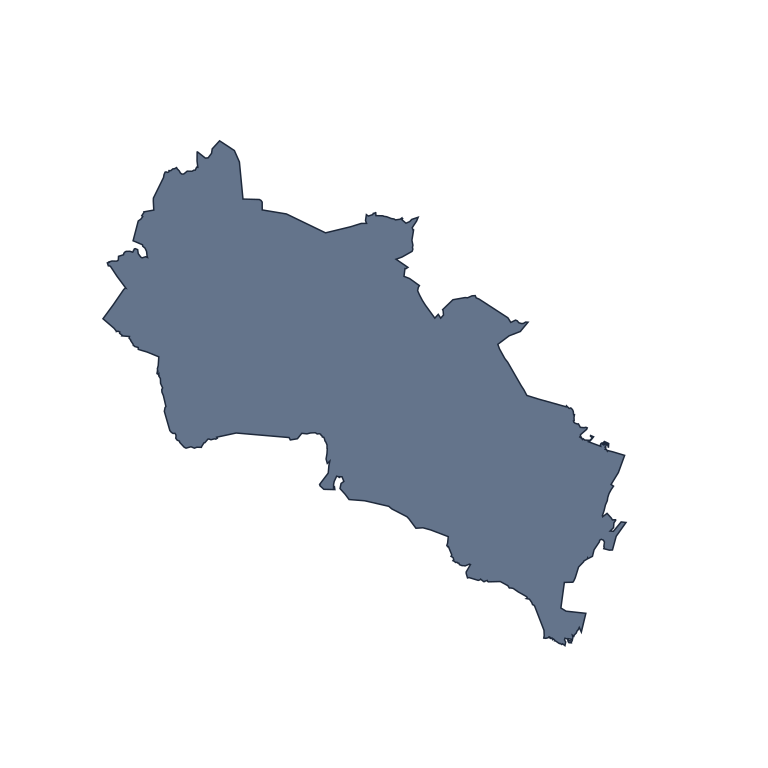 Comonfort, Guanajuato, Mexico, rotated 212°
{"feature_id": "50627088B51678062677141", "entity_name": "Comonfort", "entity_type": "district", "adm_level": 2, "iso_a3": "MEX", "parent_name": "Mexico", "parent_adm1": "Guanajuato", "projection": "orthographic", "projection_center": [-100.8, 20.737], "detail": "fine", "context": "isolated", "style": "filled", "palette": "slate", "viewbox_px": 768, "rotation_deg": 212, "n_neighbors": 0, "source": "geoboundaries", "source_scale": "gbopen_adm2", "svg_char_len": 6143}
<svg xmlns="http://www.w3.org/2000/svg" viewBox="0 0 768 768"><g transform="rotate(212 384 384)"><path d="M678.1,419.5L676.6,416.9L671.4,409.5L678.8,402.8L678.5,402.6L678.6,398.3L677.4,398.2L677.3,397.6L677.6,394.9L678.8,392.0L672.7,372.5L662.6,374.1L661.6,373.0L658.7,372.6L655.6,370.6L653.0,367.3L651.6,366.0L653.5,365.7L656.0,362.8L657.4,362.7L661.5,364.3L664.1,367.4L666.6,367.0L667.3,366.3L667.0,365.3L667.3,364.8L666.9,363.3L667.0,362.6L669.8,361.9L673.0,359.8L673.7,358.5L673.9,357.0L673.4,355.6L676.8,351.6L675.1,348.5L675.2,347.5L676.0,346.4L679.9,344.1L682.0,341.7L681.6,341.5L682.8,340.1L680.4,338.1L679.4,338.7L678.3,338.8L667.6,333.9L653.8,328.5L654.2,328.4L654.8,326.2L655.6,307.7L656.9,290.4L642.5,288.2L639.1,287.0L638.8,286.6L637.5,287.8L635.6,288.1L635.1,286.9L631.8,286.5L631.8,285.9L625.0,289.4L624.5,287.8L622.1,287.1L621.9,286.6L617.9,284.8L617.0,283.8L616.2,284.0L615.3,283.7L611.8,284.7L610.7,283.1L602.1,285.5L589.4,287.7L585.2,279.9L584.3,276.8L582.7,275.1L583.0,274.7L582.3,274.4L582.4,272.9L581.5,272.4L580.6,273.7L579.9,272.3L579.2,272.0L579.3,271.5L576.5,270.1L573.8,266.1L569.7,263.4L569.5,261.5L568.0,259.4L564.9,257.2L557.0,249.3L557.2,248.0L555.8,244.4L540.9,231.0L538.7,230.3L536.7,230.3L535.1,231.4L533.7,230.7L532.8,229.7L531.9,227.7L529.8,226.8L527.2,227.1L526.2,226.2L520.0,224.5L517.9,224.7L514.4,228.5L510.8,229.1L509.2,231.2L505.3,233.5L505.5,233.9L505.5,238.7L504.8,239.3L504.1,243.9L503.3,244.6L501.2,245.0L498.8,247.6L497.4,248.1L496.6,249.7L497.7,250.2L483.4,264.1L436.1,288.3L433.8,286.9L428.4,291.7L427.6,298.6L422.9,300.9L420.3,303.6L416.4,306.3L414.2,306.2L412.5,307.6L411.0,307.8L410.2,307.2L409.0,307.1L408.2,306.4L406.8,306.9L405.5,306.0L403.8,304.4L402.5,303.9L400.0,302.1L398.2,299.2L397.9,299.2L395.5,294.8L393.4,289.7L390.0,286.6L389.1,289.9L387.6,285.8L384.1,278.9L385.4,264.8L384.9,264.7L384.5,263.8L379.2,262.8L369.7,268.4L371.4,270.4L371.8,269.3L373.6,272.3L374.6,275.0L375.3,280.7L373.5,281.3L372.5,281.0L372.2,281.2L372.6,281.8L370.5,283.1L366.4,280.1L367.7,276.9L365.9,272.0L358.5,269.9L352.4,267.5L338.6,274.7L315.1,282.8L311.3,282.2L294.2,283.6L291.2,282.8L280.5,278.6L274.8,282.7L267.0,285.0L248.6,288.6L245.7,282.7L245.2,280.4L243.8,279.7L243.3,280.3L236.1,275.1L235.8,274.2L235.9,273.4L233.4,273.4L231.8,272.0L231.9,270.7L230.7,270.9L228.7,270.6L227.6,271.5L226.7,271.2L225.6,271.7L224.3,270.8L221.6,271.3L219.6,272.5L218.9,272.6L216.1,276.5L215.0,276.7L214.7,268.1L213.8,266.8L210.4,263.8L209.3,264.9L200.0,267.4L198.8,268.9L198.7,269.7L194.7,269.2L193.9,269.8L193.9,270.3L192.4,272.1L191.6,271.5L190.7,271.5L180.7,278.1L172.1,278.6L169.6,277.4L168.2,278.3L166.1,279.1L160.1,278.8L151.1,279.2L149.9,279.1L149.0,278.5L149.5,277.5L146.6,278.6L142.9,277.0L141.1,275.6L140.1,275.9L138.6,275.5L117.8,259.9L114.8,255.5L113.9,253.2L112.1,254.0L110.3,255.8L110.1,256.9L109.0,256.6L109.1,257.2L108.2,257.1L107.8,256.6L106.9,257.6L105.6,256.5L105.1,257.6L103.5,257.2L103.3,256.6L102.5,257.0L97.7,256.8L97.3,257.3L95.2,257.3L94.9,258.3L91.9,258.0L93.2,261.5L95.3,262.6L95.8,264.3L93.2,265.0L91.3,263.1L90.1,262.6L87.9,263.8L88.3,264.3L88.4,265.7L91.6,264.1L92.5,264.8L92.9,265.6L88.8,267.2L89.5,269.2L91.1,270.8L89.3,270.7L89.6,271.9L89.0,274.7L89.4,276.8L89.1,278.5L89.4,281.0L85.2,278.2L91.3,296.5L109.3,287.8L115.3,287.8L125.9,311.3L118.8,316.0L118.7,317.6L119.1,320.9L122.0,331.9L120.5,339.0L120.7,339.8L118.8,343.5L119.0,344.1L118.6,343.8L115.9,348.3L118.0,354.7L117.7,364.3L118.3,365.7L117.5,367.4L115.2,367.8L113.3,366.8L111.5,362.8L110.7,362.3L110.4,360.8L104.9,362.5L102.3,364.3L106.4,377.9L105.4,394.8L109.8,392.7L111.4,380.6L114.3,379.1L113.2,383.8L115.4,388.0L115.3,391.2L115.7,391.6L118.3,389.8L120.3,390.8L126.3,392.5L128.2,387.3L129.0,388.0L130.3,393.4L132.1,398.7L132.8,403.4L134.1,406.3L135.1,410.3L135.4,415.0L135.2,419.0L138.2,419.1L138.3,433.1L142.1,451.0L154.2,447.7L159.0,446.1L159.0,445.4L160.6,446.3L161.8,445.8L162.0,447.4L163.1,447.6L162.9,449.1L163.7,451.5L162.6,451.4L159.9,448.9L161.9,452.6L165.3,452.2L164.8,449.9L165.2,448.8L166.8,448.7L167.0,449.2L166.4,449.9L166.0,452.1L166.7,452.0L166.9,450.3L168.2,449.2L168.4,448.5L168.4,447.4L167.2,446.0L179.9,443.4L179.2,444.5L178.7,446.7L178.3,450.3L181.5,449.8L181.3,449.2L179.0,448.7L178.9,447.8L179.6,445.3L184.1,442.8L186.0,443.1L186.3,442.1L187.9,443.1L187.8,442.7L189.9,442.8L189.8,444.1L190.5,445.1L188.1,452.9L188.4,454.5L189.8,454.3L191.2,453.0L194.5,451.3L198.0,453.2L198.6,452.7L201.0,452.0L202.8,452.2L203.8,453.1L203.3,453.7L205.1,456.2L206.2,458.9L206.9,458.4L209.0,461.1L210.7,462.2L212.9,462.7L214.0,461.4L217.7,462.2L217.4,461.2L245.3,453.0L256.8,450.0L262.3,453.2L266.8,455.3L290.6,468.0L295.0,469.6L304.7,475.0L308.5,478.0L303.4,491.2L295.8,501.3L296.2,501.1L294.6,512.7L296.7,511.6L298.0,509.1L299.7,508.0L302.2,507.4L304.5,508.2L306.3,507.9L309.1,503.4L314.0,505.8L348.3,506.4L351.5,505.9L353.5,507.3L356.1,505.4L358.8,501.4L361.0,500.3L370.2,492.0L373.7,478.1L372.7,477.5L370.1,474.0L370.8,469.9L374.9,471.8L375.8,466.8L390.7,472.8L395.7,475.2L401.0,478.3L404.9,480.9L406.1,484.1L406.1,486.2L418.2,487.0L424.1,485.9L427.4,493.0L426.5,493.4L425.5,495.6L439.9,496.2L436.0,501.2L430.5,511.3L430.5,511.8L431.0,513.7L432.2,514.8L433.0,517.0L436.5,520.7L440.4,530.0L440.6,530.3L440.9,529.9L442.9,531.5L442.7,539.5L443.4,543.5L447.7,538.3L448.3,535.3L450.6,532.0L455.8,532.8L455.9,534.1L456.3,534.0L456.8,534.4L457.6,532.3L461.3,529.2L462.9,529.3L465.5,528.2L470.3,527.3L473.3,526.0L474.0,526.1L480.1,522.5L481.8,524.9L482.1,524.8L482.7,523.5L483.5,523.1L483.4,521.6L486.3,518.1L488.7,518.3L486.3,512.8L483.9,511.0L488.4,508.1L495.8,499.5L513.7,481.2L556.9,476.5L579.5,467.1L583.7,473.7L585.6,474.5L587.5,474.4L601.6,466.1L624.3,495.7L634.6,502.7L652.3,503.1L654.3,492.4L652.5,488.3L653.0,482.6L655.2,480.9L665.1,482.0L665.4,481.7L660.7,474.0L656.7,469.1L657.8,468.6L657.4,465.3L658.6,464.5L659.5,462.7L663.7,460.2L665.1,456.0L666.6,454.9L668.6,455.1L670.5,456.2L673.4,456.9L674.6,457.6L675.8,455.5L677.1,454.5L677.8,452.0L679.4,451.0L678.9,450.5L679.0,449.6L679.9,448.6L681.2,448.4L681.9,447.7L681.5,445.0L680.4,442.3L678.1,419.5Z" fill="#64748b" stroke="#1e293b" stroke-width="1.5"/></g></svg>